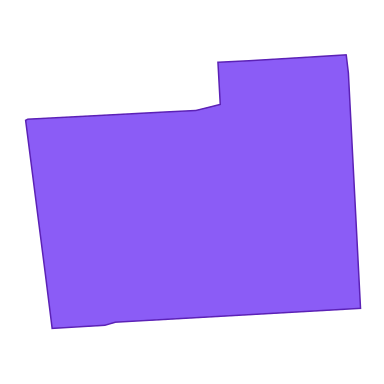 Smith, Mississippi, United States of America (Mercator projection), rotated 87°
{"feature_id": "52423323B69277381036205", "entity_name": "Smith", "entity_type": "district", "adm_level": 2, "iso_a3": "USA", "parent_name": "United States of America", "parent_adm1": "Mississippi", "projection": "mercator", "projection_center": [-89.556, 32.002], "detail": "fine", "context": "isolated", "style": "filled", "palette": "violet", "viewbox_px": 384, "rotation_deg": 87, "n_neighbors": 0, "source": "geoboundaries", "source_scale": "gbopen_adm2", "svg_char_len": 352}
<svg xmlns="http://www.w3.org/2000/svg" viewBox="0 0 384 384"><g transform="rotate(87 192 192)"><path d="M317.0,29.8L81.4,29.6L63.5,30.8L63.1,30.9L63.9,127.3L63.8,159.3L106.0,159.2L110.8,183.8L110.7,212.4L110.7,352.2L111.7,354.4L268.2,342.6L320.9,338.8L320.5,285.9L318.0,275.3L317.0,29.8Z" fill="#8b5cf6" stroke="#5b21b6" stroke-width="1.5"/></g></svg>